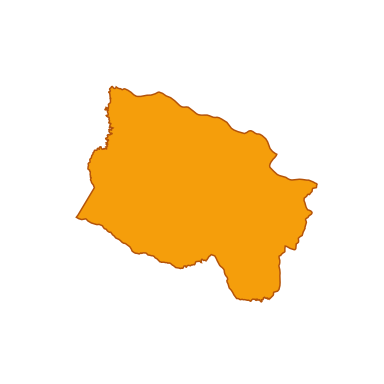 the district of Marara, Tete, Mozambique, rotated 332°
{"feature_id": "85939544B55684561557182", "entity_name": "Marara", "entity_type": "district", "adm_level": 2, "iso_a3": "MOZ", "parent_name": "Mozambique", "parent_adm1": "Tete", "projection": "equal_earth", "projection_center": [33.163, -16.054], "detail": "fine", "context": "isolated", "style": "filled", "palette": "amber", "viewbox_px": 384, "rotation_deg": 332, "n_neighbors": 0, "source": "geoboundaries", "source_scale": "gbopen_adm2", "svg_char_len": 6027}
<svg xmlns="http://www.w3.org/2000/svg" viewBox="0 0 384 384"><g transform="rotate(332 192 192)"><path d="M78.0,160.0L79.5,162.4L81.7,164.6L85.6,165.8L86.0,166.7L86.5,168.7L88.6,172.1L92.0,175.5L92.8,176.2L94.8,177.0L97.1,179.8L97.1,181.3L97.4,183.2L98.8,184.7L99.0,186.5L99.6,187.9L100.3,188.8L101.2,189.2L101.5,189.6L101.5,190.8L101.7,191.1L101.7,192.3L102.6,194.2L103.1,196.8L105.3,199.7L106.0,201.3L106.5,203.2L107.4,204.9L108.9,206.1L109.2,206.6L111.4,211.2L111.6,214.1L111.4,215.8L111.5,216.4L112.7,218.7L113.7,219.8L114.6,220.3L116.3,221.9L118.3,221.9L118.8,222.6L120.3,222.8L122.6,224.2L123.1,225.1L123.4,226.6L123.8,227.1L124.8,227.8L126.4,229.3L127.2,229.7L128.1,230.8L128.4,231.6L128.5,232.7L129.7,234.5L130.9,238.6L131.5,238.9L131.9,239.6L134.1,240.7L135.7,242.1L136.8,242.6L137.3,243.5L138.4,243.9L139.0,244.4L139.5,245.0L140.4,247.4L141.0,248.2L142.2,251.1L144.9,253.1L145.8,254.1L147.2,254.4L147.8,254.9L148.5,254.9L150.2,253.7L150.9,253.9L151.5,254.3L151.4,255.4L151.8,255.7L152.9,255.0L153.7,254.9L154.5,255.1L156.0,256.4L157.3,256.2L158.2,256.7L159.1,256.7L160.1,257.4L160.8,257.0L162.3,255.6L163.2,255.5L166.0,256.6L166.6,257.2L166.7,258.0L167.0,257.9L167.3,258.5L167.8,257.1L168.5,256.2L169.0,256.0L169.3,256.1L170.0,257.8L170.9,258.0L172.0,259.3L172.4,258.8L173.3,258.9L176.8,256.9L178.2,256.8L179.6,256.3L182.1,259.1L182.2,262.1L182.0,264.6L182.0,269.6L182.4,271.2L183.2,272.9L183.7,274.9L183.7,276.1L182.8,278.5L182.5,280.4L182.6,282.0L183.0,284.0L182.9,284.8L182.4,286.0L181.3,286.5L181.0,287.1L180.7,288.2L180.7,289.9L179.8,294.2L180.6,297.2L180.8,300.0L180.7,302.4L181.4,307.0L182.9,307.9L184.0,309.7L185.9,310.3L186.7,311.2L187.9,311.7L190.1,313.6L190.9,313.9L191.5,314.5L192.4,315.9L192.9,316.0L194.4,315.2L195.3,315.1L197.5,316.5L197.3,317.1L197.5,317.5L198.1,317.5L198.4,318.1L198.6,318.1L199.2,317.2L200.2,318.8L200.9,318.8L201.0,319.0L201.1,320.2L201.5,321.5L201.9,321.5L202.2,321.0L202.6,321.1L202.9,319.8L204.2,320.3L204.8,319.9L205.2,319.2L205.6,319.0L206.1,319.3L206.5,319.0L206.8,319.4L207.0,320.1L207.8,320.9L208.4,320.7L208.7,320.9L208.9,321.4L208.8,322.1L209.3,322.1L209.7,322.8L210.2,322.3L210.8,322.7L215.0,321.4L215.7,320.9L216.8,319.1L217.2,318.9L221.0,319.7L223.0,318.9L225.6,316.0L227.2,313.4L230.3,307.1L231.7,304.9L233.0,301.8L234.0,298.1L234.4,297.5L235.1,297.1L236.2,295.8L237.4,293.6L238.0,291.0L238.7,289.6L239.2,289.4L240.6,289.7L241.4,289.1L243.4,288.6L245.7,288.4L246.1,288.1L247.4,285.6L248.9,283.5L250.1,284.6L252.2,287.9L255.1,290.9L255.8,291.2L257.0,290.8L259.7,286.7L260.9,286.7L262.4,286.3L263.2,285.2L264.0,283.1L264.4,282.7L266.3,282.2L268.9,282.1L271.2,279.7L274.7,277.2L275.0,276.4L278.7,272.6L279.1,271.3L279.1,270.2L279.6,269.3L280.3,269.0L282.5,268.9L283.9,268.0L287.0,267.6L287.6,267.3L288.3,266.6L288.4,266.0L288.0,264.6L286.8,263.0L285.8,262.1L285.6,260.3L285.7,258.5L286.6,254.6L286.9,252.1L288.2,250.1L291.1,249.6L292.9,248.5L293.7,248.6L294.2,249.3L294.7,249.3L296.6,248.4L298.2,247.9L299.6,246.0L300.4,245.5L303.8,246.5L304.2,246.2L305.1,244.7L305.9,244.1L306.0,243.2L304.8,241.8L303.8,240.1L300.7,236.4L298.8,235.3L295.4,232.8L292.9,231.2L285.8,228.3L284.4,227.2L283.2,225.8L281.7,223.1L276.9,218.5L275.5,216.6L273.8,211.8L272.4,206.9L272.6,205.9L273.1,204.9L274.2,203.8L275.9,202.6L279.2,201.0L281.1,200.5L283.5,199.4L284.6,198.5L283.6,197.1L282.1,194.0L281.3,190.3L282.3,183.2L282.1,179.6L280.4,175.1L279.1,173.0L278.1,172.1L276.5,171.2L275.3,169.6L274.1,167.2L272.8,165.6L271.4,165.0L270.6,164.9L268.3,165.2L265.8,165.0L260.8,160.2L258.1,156.9L256.7,154.3L255.5,146.9L252.5,141.7L250.7,139.1L249.2,137.8L247.5,137.1L245.9,136.1L243.2,132.9L241.5,131.2L236.1,128.4L234.0,126.8L232.7,125.0L231.1,121.1L228.5,115.4L227.0,114.3L224.9,113.4L223.6,112.6L222.5,111.3L221.7,109.8L219.6,103.4L217.4,98.7L214.2,94.9L212.3,91.1L209.8,88.3L208.7,88.0L205.6,88.0L201.3,87.2L197.6,85.4L191.8,83.6L189.0,82.2L187.7,81.2L186.2,78.8L185.0,75.4L183.2,72.1L181.3,69.6L180.5,69.0L178.8,69.0L178.3,68.8L177.4,67.2L176.7,66.9L175.3,65.5L174.4,63.6L173.8,64.2L173.0,64.4L172.5,64.4L172.0,64.0L171.6,63.5L171.2,61.5L170.9,61.4L170.4,61.2L169.6,61.8L167.8,62.2L167.4,62.8L167.4,64.4L166.8,64.8L165.8,64.5L165.4,64.8L165.3,65.1L165.9,65.5L165.2,67.6L164.3,69.7L164.2,70.9L164.1,71.2L163.6,71.0L163.4,72.1L162.2,74.4L161.5,74.9L159.5,75.3L159.2,75.6L158.9,76.7L157.3,78.9L156.9,78.9L156.8,78.2L156.2,77.3L155.8,77.0L155.6,77.7L155.0,77.7L153.9,78.3L153.9,78.6L154.2,78.9L155.2,78.6L155.3,79.7L156.4,80.1L156.5,80.4L155.5,80.8L155.0,81.4L154.7,83.7L154.2,84.6L152.2,84.2L152.2,84.9L153.0,86.4L153.6,86.9L153.7,87.5L153.6,88.0L152.9,88.5L152.7,89.1L152.8,89.9L152.4,90.7L151.0,91.8L151.1,92.1L152.3,93.1L152.5,93.4L152.3,93.8L151.5,94.0L150.5,95.0L150.6,96.1L149.6,95.9L149.4,96.1L149.4,96.6L149.8,96.8L150.5,96.7L150.9,96.9L152.3,98.4L151.9,98.5L150.7,98.0L150.4,98.5L150.2,99.4L149.9,99.5L148.2,97.9L147.8,98.0L147.8,98.9L147.1,99.7L147.3,100.7L147.3,101.6L147.6,102.0L148.6,102.2L148.9,102.8L148.8,103.0L146.6,103.0L145.9,102.8L145.0,102.0L144.3,102.0L143.7,102.4L143.8,103.5L143.5,103.8L142.7,104.2L141.0,104.1L140.8,104.7L141.6,106.8L141.8,106.8L142.0,106.2L142.3,106.1L142.6,106.4L142.6,106.9L142.3,107.3L141.3,107.6L140.6,108.5L139.2,108.3L139.3,108.8L140.1,109.9L140.0,110.1L139.3,109.5L138.7,109.6L138.9,111.7L137.8,112.0L137.2,111.8L137.4,112.8L136.8,113.7L136.3,113.0L135.8,112.7L135.2,113.0L134.7,112.3L134.0,112.5L133.7,112.2L132.8,112.1L132.4,110.7L132.9,109.6L132.6,109.2L131.6,109.0L130.5,109.7L130.2,110.6L129.8,110.3L129.6,109.5L129.3,109.2L128.6,109.4L128.0,110.2L127.4,110.4L125.9,109.5L125.4,109.5L123.9,110.8L123.1,110.9L122.3,112.0L120.5,112.9L119.1,114.6L117.3,115.1L116.9,115.6L116.4,117.0L115.9,117.8L114.3,117.9L113.6,118.3L113.0,120.1L112.4,120.6L111.1,122.5L111.0,123.3L111.8,124.5L111.5,125.5L111.7,126.4L110.1,129.1L110.0,130.2L109.3,131.0L109.3,131.4L109.6,131.7L109.6,132.2L108.8,132.7L108.1,133.6L108.1,135.0L107.8,136.2L107.8,137.3L108.2,139.4L107.8,142.4L80.6,158.8L78.0,160.0Z" fill="#f59e0b" stroke="#b45309" stroke-width="1.5"/></g></svg>